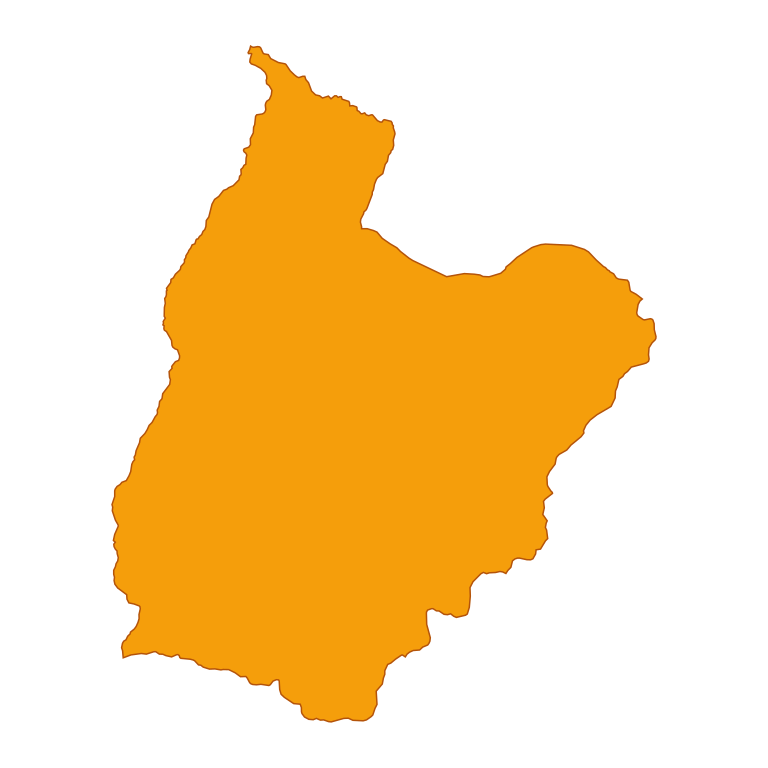 outline of Génova, Quindío, Colombia
{"feature_id": "7082276B54028982815343", "entity_name": "Génova", "entity_type": "district", "adm_level": 2, "iso_a3": "COL", "parent_name": "Colombia", "parent_adm1": "Quindío", "projection": "orthographic", "projection_center": [-75.776, 4.193], "detail": "fine", "context": "isolated", "style": "filled", "palette": "amber", "viewbox_px": 768, "rotation_deg": 0, "n_neighbors": 0, "source": "geoboundaries", "source_scale": "gbopen_adm2", "svg_char_len": 6080}
<svg xmlns="http://www.w3.org/2000/svg" viewBox="0 0 768 768"><path d="M642.3,299.0L636.2,294.3L630.8,291.4L630.1,290.1L628.8,282.3L627.4,280.2L618.6,279.1L616.3,277.9L613.6,273.8L609.8,271.7L609.3,270.8L607.4,269.8L605.5,267.6L603.5,266.6L596.3,260.1L588.5,251.9L584.4,249.4L571.6,245.3L545.5,244.1L540.9,244.6L533.9,246.8L531.7,247.7L517.0,257.4L510.2,263.7L506.1,266.9L505.4,269.3L500.7,273.3L490.9,276.3L489.0,276.8L483.0,276.5L480.0,275.0L474.3,274.2L464.3,273.6L446.6,276.7L412.9,260.6L408.9,258.1L400.5,251.5L396.9,247.8L389.9,243.7L382.2,238.3L377.0,232.1L373.4,230.5L367.2,228.7L361.6,228.7L361.6,226.8L360.4,222.1L360.8,219.1L363.6,213.7L363.8,212.1L366.2,209.8L367.0,208.2L372.2,194.5L372.3,192.1L373.5,189.7L374.5,184.2L376.4,179.4L377.7,177.5L382.8,173.6L385.2,164.4L387.4,161.3L388.5,155.3L390.7,152.7L391.2,150.5L392.6,149.5L393.7,145.4L393.3,140.0L395.0,133.9L394.7,132.0L393.3,127.9L393.4,125.9L392.3,124.4L392.1,122.8L391.1,121.3L384.5,119.7L383.5,120.0L381.9,122.1L380.2,122.0L377.4,120.6L372.5,114.9L371.3,114.8L368.7,115.7L366.2,114.8L364.7,112.9L362.1,113.8L361.0,113.7L358.9,111.3L357.2,110.5L356.9,107.4L356.5,106.9L352.7,105.6L349.8,105.9L349.5,102.8L348.8,101.4L342.1,99.2L341.3,96.7L340.0,96.6L338.1,97.4L336.4,95.8L334.7,95.8L331.0,98.8L328.4,96.1L322.5,98.0L319.6,95.8L315.6,94.9L311.6,91.1L308.5,82.7L305.8,79.5L304.8,76.3L302.7,76.3L298.8,77.6L297.0,76.9L294.4,74.9L290.2,70.8L286.0,64.5L285.0,63.8L278.3,62.5L270.7,58.6L268.3,54.6L264.1,53.9L263.0,53.0L260.7,47.9L259.6,46.9L257.7,46.6L253.7,47.3L252.3,47.1L250.6,46.1L249.7,49.6L248.1,52.6L248.5,53.6L251.2,53.5L251.7,53.9L250.1,59.2L249.8,62.0L251.3,63.9L255.0,65.2L260.7,68.3L265.0,72.3L266.6,75.5L266.8,78.5L266.2,80.2L266.6,83.7L269.2,85.7L271.9,90.3L271.3,95.0L269.4,99.4L266.7,101.3L265.7,103.2L265.3,105.1L265.8,109.7L265.1,111.7L263.8,113.2L262.2,114.0L256.7,114.8L255.6,116.3L254.7,124.7L253.6,127.2L253.3,132.9L250.3,138.7L250.5,144.7L248.7,147.2L244.2,148.8L243.5,150.1L244.0,151.7L245.9,153.3L246.8,155.1L246.1,158.1L245.8,164.3L244.0,165.3L242.7,167.8L240.9,169.4L241.2,173.9L240.8,175.1L239.6,176.2L239.0,179.8L233.2,185.7L228.6,187.7L226.8,189.2L223.5,190.4L218.8,196.4L214.6,199.4L212.0,204.2L208.8,217.0L206.3,220.5L205.9,226.5L204.8,229.6L203.0,231.4L201.7,234.6L199.5,236.4L198.0,238.9L196.7,239.1L196.1,239.8L194.9,243.8L192.1,244.9L190.8,247.9L188.8,250.5L188.3,252.0L186.0,255.6L185.7,257.8L184.4,259.7L184.5,261.9L184.0,263.1L180.9,266.5L180.4,269.2L179.6,270.3L175.4,274.2L173.4,277.8L171.0,279.4L170.7,282.6L166.5,288.3L167.1,290.3L166.4,290.9L166.4,294.8L165.9,296.7L164.7,298.5L165.3,303.4L164.4,307.4L164.2,316.3L165.3,318.1L163.2,321.5L163.5,323.1L162.9,324.9L164.1,325.6L163.9,328.8L164.4,330.2L166.5,331.6L171.5,340.4L172.0,345.3L172.8,347.1L174.9,348.8L177.5,349.8L179.6,355.8L179.5,358.1L178.6,360.4L175.4,361.7L172.2,365.7L171.7,366.8L172.1,368.3L169.1,371.6L169.5,377.3L170.4,379.6L169.7,384.4L162.7,393.7L162.0,398.7L159.6,401.4L159.0,406.4L157.2,410.1L157.5,412.6L157.1,414.4L155.2,416.7L152.1,422.4L149.1,425.4L147.3,429.5L144.9,433.5L140.3,438.3L139.5,442.8L136.1,450.7L135.3,455.1L134.1,457.1L134.6,459.8L133.0,461.6L131.8,464.3L130.7,471.6L129.0,475.8L126.3,480.6L121.9,482.3L120.0,484.6L117.1,486.4L115.2,489.1L114.7,490.8L114.7,496.6L112.0,504.6L112.7,507.1L112.3,510.8L115.4,520.1L118.1,524.9L118.3,526.1L114.7,534.4L113.4,540.5L115.3,542.2L113.8,544.2L114.1,546.7L115.4,549.2L117.0,550.9L117.2,553.7L118.3,557.6L117.7,561.0L116.1,563.7L115.4,566.8L113.7,570.3L113.7,574.3L114.5,577.2L114.1,580.6L114.9,584.2L117.7,588.0L126.7,594.7L127.0,599.2L128.9,602.9L134.1,604.0L139.4,606.0L139.9,606.6L140.3,608.8L139.0,614.5L139.1,618.6L138.0,622.4L136.2,626.4L134.3,629.0L130.5,632.1L130.1,633.9L127.7,636.2L126.0,639.8L123.7,641.2L122.5,643.3L121.6,647.7L122.6,650.8L123.2,657.8L131.0,654.9L141.3,653.5L146.4,654.1L153.9,651.7L155.8,651.7L159.3,654.1L162.7,654.2L165.9,655.6L171.6,656.9L176.7,654.7L177.9,654.6L179.2,655.5L179.8,657.5L180.8,658.3L190.2,659.2L193.2,660.0L194.6,660.7L198.5,664.9L200.8,665.2L203.2,667.1L209.5,669.1L214.9,668.9L220.9,669.9L223.1,669.5L228.7,669.6L235.2,672.8L240.5,676.7L245.9,676.5L247.2,678.0L249.7,682.7L250.9,683.8L252.8,684.5L256.5,684.8L260.9,684.3L268.9,685.5L270.3,684.7L273.0,681.1L276.3,679.7L278.6,679.9L279.2,681.0L279.7,689.6L281.1,694.3L284.4,697.4L293.7,703.6L300.2,704.2L301.4,707.5L301.5,711.9L302.0,713.6L304.5,717.0L308.8,719.3L313.2,719.7L316.4,718.4L320.4,720.1L323.7,719.9L328.5,721.6L331.2,721.9L343.8,718.4L348.3,718.2L352.9,720.3L363.2,720.8L366.5,719.9L371.2,716.6L372.8,715.0L375.0,708.4L377.0,704.4L376.2,691.2L382.3,684.0L383.4,678.1L384.8,674.3L384.8,670.7L387.7,664.4L390.8,663.1L395.6,659.1L401.5,655.1L402.5,655.0L405.3,656.9L407.0,654.2L409.5,652.2L413.2,650.5L419.6,650.0L422.7,647.1L427.7,645.0L428.9,643.4L429.9,641.2L430.3,637.7L426.7,624.4L426.4,613.6L426.5,612.0L427.6,610.1L431.4,608.7L433.1,608.7L436.3,610.8L439.1,611.0L444.0,614.3L447.5,614.7L450.6,613.8L453.8,616.3L456.4,617.4L465.6,615.2L467.3,614.0L469.3,607.4L470.3,596.1L470.0,587.6L473.0,581.7L480.8,573.8L483.4,572.4L486.6,573.7L489.4,572.8L495.5,572.5L499.9,571.5L502.6,571.9L505.9,573.5L507.8,570.5L510.9,567.3L512.5,560.8L515.0,558.9L517.5,558.1L519.5,558.1L526.9,559.7L530.6,559.8L532.9,558.8L535.6,554.0L536.1,549.8L540.5,549.1L545.5,540.8L547.7,538.6L546.6,530.1L545.4,527.5L546.2,523.1L547.2,520.8L542.8,514.5L544.3,507.8L543.5,501.3L545.2,499.1L552.5,493.4L552.3,492.4L550.8,490.9L547.8,486.3L547.3,484.7L546.9,476.8L549.5,471.5L555.1,464.1L556.2,458.2L557.0,456.7L559.1,454.4L566.8,450.0L570.9,445.1L581.1,436.7L583.9,433.0L583.5,430.7L585.9,425.3L590.1,420.1L597.0,414.7L611.1,406.4L615.1,398.0L615.5,390.9L617.2,386.9L618.9,379.4L622.9,376.4L624.5,373.7L627.5,371.5L631.3,367.1L643.7,363.8L646.2,363.0L648.5,361.3L649.1,359.0L648.5,354.8L649.0,347.8L652.1,342.8L655.0,340.0L655.8,338.6L656.0,336.6L654.3,329.8L654.1,323.6L652.9,320.0L651.9,319.1L650.4,318.7L644.5,319.9L643.0,319.5L638.0,316.0L637.1,314.6L636.7,312.8L638.1,304.5L639.9,301.1L642.3,299.0Z" fill="#f59e0b" stroke="#b45309" stroke-width="1.5"/></svg>